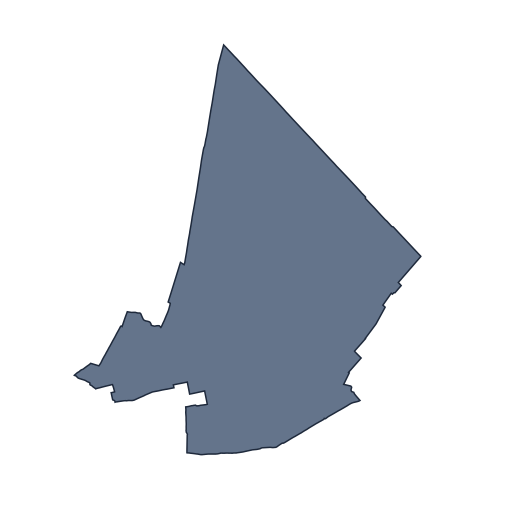 the district of Posta Calnau, Buzau, Romania, rotated 278°
{"feature_id": "2599482B12204688423442", "entity_name": "Posta Calnau", "entity_type": "district", "adm_level": 2, "iso_a3": "ROU", "parent_name": "Romania", "parent_adm1": "Buzau", "projection": "albers", "projection_center": [26.87, 45.248], "detail": "fine", "context": "isolated", "style": "filled", "palette": "slate", "viewbox_px": 512, "rotation_deg": 278, "n_neighbors": 0, "source": "geoboundaries", "source_scale": "gbopen_adm2", "svg_char_len": 5495}
<svg xmlns="http://www.w3.org/2000/svg" viewBox="0 0 512 512"><g transform="rotate(278 256 256)"><path d="M304.1,386.3L304.5,385.9L304.8,385.5L304.8,385.4L305.0,385.2L306.2,383.8L307.1,382.7L307.5,382.2L308.4,381.2L309.2,380.0L310.1,378.6L310.4,378.3L310.7,377.9L312.0,376.3L314.1,373.7L316.9,370.3L319.9,366.7L323.9,361.6L328.2,356.3L328.5,356.2L328.9,356.2L329.2,356.3L329.7,356.2L333.5,351.3L333.7,351.2L337.1,347.1L347.0,334.9L355.6,324.0L355.7,323.8L358.2,320.9L362.2,315.9L376.3,298.5L378.6,295.8L380.2,293.7L383.3,289.8L386.6,285.7L397.0,272.8L400.0,269.2L400.2,268.9L400.4,268.7L401.8,267.0L401.8,266.9L402.2,266.4L405.3,262.8L413.1,253.3L422.1,242.2L424.4,239.3L424.6,239.0L428.0,234.6L429.9,232.2L435.6,225.3L438.3,221.9L440.3,219.6L447.2,211.2L448.3,209.9L450.1,207.6L450.4,207.2L450.5,207.0L451.1,206.3L453.7,203.1L456.3,199.8L458.2,197.5L460.5,194.6L440.9,192.2L440.3,192.1L435.4,192.0L430.5,191.9L420.2,191.8L414.3,191.5L401.3,191.3L393.9,191.0L384.6,190.8L378.5,190.7L372.1,190.6L366.3,190.3L365.1,190.1L359.4,189.9L357.3,189.7L356.2,189.3L354.4,189.1L343.4,188.7L335.6,188.7L325.6,188.5L313.3,188.4L298.0,187.9L285.9,187.4L282.3,187.4L277.4,187.3L271.4,187.1L268.9,187.1L266.4,187.0L262.1,186.8L257.7,186.8L254.0,186.7L251.6,186.7L249.7,186.7L244.5,186.5L240.0,186.4L238.9,186.3L237.4,186.0L239.2,182.1L216.3,178.4L207.7,177.0L202.3,176.1L198.2,175.4L197.8,176.4L197.4,177.4L197.1,177.7L195.2,177.6L194.0,177.4L193.1,177.3L191.5,177.1L190.1,176.9L187.5,176.3L184.7,175.5L179.2,174.1L176.4,173.2L173.6,172.4L172.0,171.7L173.4,170.1L173.4,168.7L172.9,166.7L172.4,165.5L172.5,163.8L172.8,162.0L174.4,161.3L175.6,160.3L176.1,159.1L176.3,157.4L176.4,155.8L176.7,154.5L177.3,153.5L178.4,152.6L181.0,151.0L182.7,150.0L183.4,149.0L183.1,146.7L183.4,144.3L183.2,143.0L182.8,140.4L182.9,136.3L181.9,136.1L176.4,134.9L167.5,133.2L167.8,132.6L167.9,132.2L167.5,131.7L164.1,130.5L160.0,128.9L156.0,127.5L151.9,125.9L147.0,124.1L144.6,123.1L142.0,122.2L139.5,121.2L137.5,120.5L135.6,119.7L132.2,118.4L128.7,117.3L127.0,116.5L125.4,115.7L126.7,107.2L126.2,106.8L125.4,106.2L124.2,104.9L123.2,103.8L122.6,103.2L120.9,101.5L120.0,100.7L119.2,99.3L118.3,98.1L117.0,97.1L115.6,95.3L112.6,92.7L112.4,93.2L112.2,94.2L112.1,94.6L112.0,94.8L111.5,95.3L111.1,95.9L110.7,96.3L110.5,96.7L110.3,97.2L110.1,98.0L109.9,99.0L109.4,102.3L109.3,102.8L109.2,103.5L109.0,104.2L108.8,104.8L108.5,105.4L108.1,106.4L107.9,107.0L107.8,107.5L107.7,107.9L107.5,108.5L107.4,108.9L107.3,109.0L107.0,109.2L106.5,109.3L106.0,109.3L105.7,109.4L105.5,109.5L105.2,109.8L105.1,110.1L105.1,110.4L104.9,110.9L104.7,111.3L104.5,111.8L103.8,112.7L103.4,113.5L102.9,114.4L102.7,114.9L102.4,115.4L102.1,115.8L102.4,116.2L102.6,116.5L102.9,117.3L103.5,118.8L103.7,119.4L104.0,120.1L104.7,121.7L106.3,125.6L108.0,129.9L108.7,131.5L108.7,131.8L105.6,133.3L101.8,134.9L101.5,134.3L100.9,132.7L100.6,132.1L100.5,131.6L98.2,132.4L93.6,134.1L93.5,134.6L93.4,135.1L93.2,135.7L93.1,135.9L92.8,136.2L92.6,136.5L92.4,136.6L92.1,136.7L91.6,136.8L91.7,137.0L91.9,137.3L92.1,138.0L92.2,138.5L92.6,139.8L93.1,141.4L94.1,144.8L94.3,145.4L94.4,146.1L94.5,146.6L94.6,147.1L94.6,147.8L94.7,148.3L94.9,148.9L95.2,150.1L95.3,151.0L95.4,151.9L95.5,152.6L95.6,153.4L95.9,154.3L96.1,154.8L96.2,155.2L99.1,159.7L99.3,160.0L100.2,161.5L101.9,164.3L102.4,165.0L103.0,165.8L106.0,170.8L106.9,172.3L107.0,172.5L107.1,172.8L107.9,175.2L108.9,178.2L110.0,181.1L110.4,182.2L111.4,185.2L111.8,186.6L114.1,193.1L116.9,192.1L118.5,196.6L120.1,201.3L121.6,205.5L118.7,206.5L117.3,207.0L115.6,207.6L110.0,209.5L110.7,211.6L115.2,223.9L102.4,228.4L101.9,227.3L101.3,225.1L100.4,221.7L99.9,220.6L99.6,219.6L99.4,218.4L99.4,217.7L99.7,217.3L99.9,216.9L99.8,216.6L99.4,215.0L99.1,214.4L98.8,213.0L97.8,210.7L97.2,208.9L96.8,207.4L93.9,208.0L92.6,208.1L91.4,208.2L86.6,209.2L83.8,209.6L80.0,210.3L77.2,210.6L74.6,211.0L73.6,211.0L71.7,211.5L71.2,212.0L70.4,212.6L69.9,212.9L69.2,212.8L67.5,213.0L54.4,214.6L51.5,215.0L51.5,216.1L51.7,217.3L51.6,217.8L51.7,222.0L51.7,224.5L51.7,225.3L51.8,226.0L51.7,226.6L51.6,229.0L51.8,230.3L53.0,235.2L53.3,236.6L54.3,243.8L54.8,245.8L55.7,248.2L55.9,248.5L56.1,250.3L56.2,251.3L56.3,252.0L56.6,253.4L56.9,255.2L57.0,256.5L57.4,259.5L57.5,260.3L57.8,261.3L58.2,263.9L58.3,264.0L59.2,267.2L60.2,270.5L60.9,272.3L61.2,273.1L63.6,279.6L64.6,283.8L65.7,286.9L66.5,287.9L66.9,288.7L67.1,289.7L68.5,296.7L68.6,299.3L69.3,302.3L70.0,303.3L71.5,304.8L72.5,305.9L73.9,307.5L74.2,307.8L74.3,308.1L74.4,308.8L74.5,309.2L75.0,310.0L76.1,311.4L77.5,313.1L79.5,315.5L81.6,318.1L82.6,319.5L82.9,319.9L83.5,320.6L83.7,320.9L84.1,321.4L86.4,324.3L87.0,325.2L87.9,326.2L89.1,327.6L90.4,329.2L91.1,330.2L93.0,332.3L94.4,334.0L98.4,338.9L100.1,341.2L100.8,342.0L101.6,343.2L102.0,343.7L102.2,343.9L103.7,345.9L104.7,346.2L104.5,347.2L104.6,347.5L105.0,347.9L105.7,348.6L107.0,349.9L109.6,353.3L113.3,358.0L114.7,359.8L115.0,360.3L120.2,366.9L122.1,369.1L123.5,371.0L124.4,372.7L125.5,375.5L126.2,377.2L126.7,378.2L127.1,378.7L127.4,379.1L130.8,375.2L133.0,372.8L134.6,371.8L135.1,369.5L136.5,368.7L139.4,369.0L140.4,368.0L141.1,360.7L147.9,362.9L152.5,364.4L153.2,364.6L153.6,363.8L169.6,374.3L174.7,367.6L175.5,366.8L189.4,376.0L189.7,375.7L189.8,375.8L205.4,384.3L223.2,391.0L223.3,391.0L225.0,388.5L230.7,391.4L237.9,395.1L237.2,396.4L238.8,397.6L238.9,398.7L246.9,403.9L247.0,403.8L249.6,400.6L267.5,412.2L278.5,419.3L278.7,419.2L280.9,416.4L299.0,393.9L303.9,387.9L304.0,387.2L304.1,386.3Z" fill="#64748b" stroke="#1e293b" stroke-width="1.5"/></g></svg>